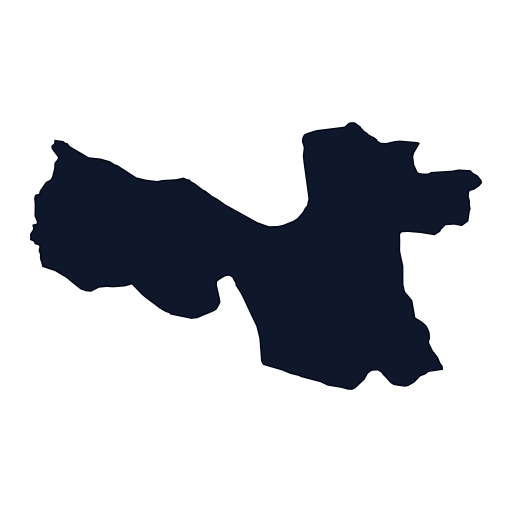 Tecpán Guatemala, Chimaltenango, Guatemala (orthographic projection), rotated 270°
{"feature_id": "79465075B20320299128156", "entity_name": "Tecpán Guatemala", "entity_type": "district", "adm_level": 2, "iso_a3": "GTM", "parent_name": "Guatemala", "parent_adm1": "Chimaltenango", "projection": "orthographic", "projection_center": [-90.996, 14.81], "detail": "fine", "context": "isolated", "style": "filled", "palette": "ink", "viewbox_px": 512, "rotation_deg": 270, "n_neighbors": 0, "source": "geoboundaries", "source_scale": "gbopen_adm2", "svg_char_len": 3428}
<svg xmlns="http://www.w3.org/2000/svg" viewBox="0 0 512 512"><g transform="rotate(270 256 256)"><path d="M147.7,263.6L142.2,282.5L138.8,290.6L136.7,299.3L135.7,300.9L130.5,320.7L127.1,327.8L124.9,341.3L123.0,348.2L122.9,352.0L124.3,354.9L132.8,363.9L138.8,367.3L141.2,370.2L142.1,372.8L142.3,378.0L140.0,381.8L137.9,383.2L133.7,387.3L129.7,390.7L127.8,393.7L127.1,397.0L126.0,405.0L126.6,407.8L130.1,414.0L136.3,419.9L137.9,424.3L140.8,428.5L142.8,442.2L145.4,442.1L148.8,439.7L154.5,437.3L160.8,432.4L168.3,428.6L170.7,428.3L173.8,429.3L179.0,429.0L182.9,427.5L186.2,425.7L190.0,421.3L194.0,414.7L211.2,411.7L220.2,404.3L227.6,402.7L245.9,402.6L256.9,400.2L261.0,399.4L271.5,399.5L278.0,399.3L280.4,401.4L280.8,407.6L279.7,420.8L277.5,434.4L280.8,439.7L282.4,440.2L287.5,445.2L288.1,454.2L286.7,461.7L291.1,467.7L302.1,469.3L302.7,469.9L308.2,469.1L310.8,469.3L315.4,468.0L320.5,468.5L321.9,469.9L322.9,473.8L326.4,478.9L329.3,481.3L331.6,480.7L336.0,477.2L338.7,472.4L341.1,470.2L341.8,458.8L340.6,452.0L339.3,431.1L338.1,429.6L337.6,426.3L338.0,420.1L339.2,417.1L347.2,413.5L355.6,412.5L359.3,413.5L368.5,418.9L369.2,417.5L370.7,399.9L370.2,394.8L368.2,386.1L368.5,380.5L370.8,376.8L372.0,376.6L374.2,373.8L375.6,370.4L376.6,369.5L376.6,368.1L377.9,367.6L381.0,363.1L382.9,361.9L383.2,360.7L384.7,360.4L388.8,354.8L389.1,351.9L388.6,349.2L384.7,345.0L381.1,316.2L378.1,307.0L376.8,304.4L373.8,303.0L370.5,302.6L364.4,304.5L355.9,303.5L349.0,304.3L313.3,309.2L306.0,307.6L303.9,305.6L299.5,303.3L293.1,297.7L290.6,293.7L286.5,283.5L285.3,278.0L285.0,268.9L289.1,257.2L306.9,225.1L312.8,216.7L315.4,211.8L321.0,204.7L321.5,203.1L328.6,193.7L329.5,191.5L331.8,189.2L332.2,186.5L333.7,183.5L332.1,176.5L331.2,161.7L330.2,157.6L331.5,146.4L333.9,136.2L346.3,117.0L346.8,114.8L350.1,109.7L351.9,103.3L352.7,100.7L354.0,88.5L357.9,81.9L365.0,69.8L368.3,66.9L368.3,65.5L370.3,62.9L371.4,55.0L369.4,55.0L368.1,54.7L367.2,53.9L366.4,52.5L365.3,52.1L364.1,52.2L363.2,52.6L361.1,54.0L356.3,57.7L355.0,58.5L353.6,58.7L352.5,58.1L350.4,56.5L349.6,55.7L348.7,55.2L347.5,55.1L346.0,55.0L344.3,54.9L342.8,54.7L340.9,54.3L339.5,53.9L337.8,53.4L336.0,53.1L334.2,52.5L333.2,51.8L332.1,51.1L331.4,50.3L330.1,47.4L329.1,46.0L328.3,45.5L326.4,44.2L324.0,42.6L322.1,41.2L320.5,40.3L319.5,40.1L317.8,39.7L317.3,38.6L316.8,36.2L315.8,35.4L314.8,35.1L313.3,34.9L311.7,35.0L310.5,35.2L308.1,35.4L304.8,35.4L297.2,35.2L295.6,35.4L291.6,37.1L290.0,37.6L289.0,37.6L287.4,36.7L287.4,35.7L286.8,33.2L285.3,33.4L284.0,33.8L282.5,33.7L281.3,33.1L280.6,32.6L279.4,31.8L278.5,31.2L277.2,30.8L276.0,30.8L273.7,30.9L272.6,30.7L272.0,31.9L271.4,33.4L270.6,34.3L269.7,34.8L268.5,35.2L268.0,36.4L267.7,38.2L267.0,39.4L265.8,40.0L264.9,40.1L263.9,39.9L262.3,39.4L261.3,39.4L260.4,39.6L258.8,40.3L257.6,40.8L256.3,40.7L254.9,40.6L253.6,40.7L252.5,41.0L251.6,41.2L250.7,41.5L249.0,42.1L245.6,42.9L241.7,55.0L236.9,63.1L234.9,66.6L230.7,71.6L223.2,81.0L221.4,86.2L221.0,90.9L225.0,98.7L225.8,106.7L225.4,112.9L226.3,124.8L228.4,132.1L218.2,141.8L214.9,145.7L204.2,160.0L200.8,165.7L199.5,169.6L198.1,170.9L193.9,191.4L194.5,197.1L197.3,203.5L199.0,207.9L201.5,213.7L202.9,215.9L205.8,217.8L209.6,219.6L211.9,219.5L227.1,216.1L230.9,216.4L233.7,220.3L236.5,225.1L237.1,229.3L235.0,232.9L230.6,235.1L229.4,236.0L227.0,236.2L219.6,240.9L216.1,242.8L195.6,252.4L186.1,257.0L173.7,260.1L151.0,261.8L147.7,263.6Z" fill="#0f172a" stroke="#020617" stroke-width="1.5"/></g></svg>